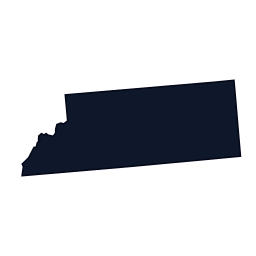 the district of Custer, South Dakota, United States of America, rotated 175°
{"feature_id": "52423323B69018347025322", "entity_name": "Custer", "entity_type": "district", "adm_level": 2, "iso_a3": "USA", "parent_name": "United States of America", "parent_adm1": "South Dakota", "projection": "natural_earth1", "projection_center": [-103.295, 43.667], "detail": "fine", "context": "isolated", "style": "filled", "palette": "ink", "viewbox_px": 256, "rotation_deg": 175, "n_neighbors": 0, "source": "geoboundaries", "source_scale": "gbopen_adm2", "svg_char_len": 563}
<svg xmlns="http://www.w3.org/2000/svg" viewBox="0 0 256 256"><g transform="rotate(175 128 128)"><path d="M18.4,90.1L18.4,108.8L18.4,111.0L18.4,111.7L18.3,144.8L18.3,145.7L18.3,149.9L18.3,161.1L18.3,166.3L37.8,166.1L187.6,166.5L187.5,140.3L191.8,137.7L194.4,138.8L198.5,137.7L200.1,133.4L200.6,129.1L203.3,126.3L208.3,127.9L210.1,129.6L212.3,128.3L214.7,130.0L217.6,127.8L218.2,123.8L217.0,123.3L219.6,121.3L221.1,116.8L223.3,116.9L229.5,107.1L236.5,101.3L235.6,98.5L237.7,89.7L127.4,89.5L18.4,90.1Z" fill="#0f172a" stroke="#020617" stroke-width="1.5"/></g></svg>